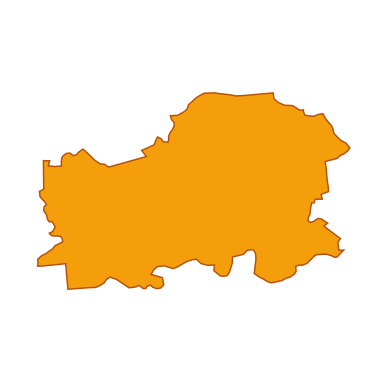 the district of Kuala Lumpur, Kuala Lumpur, Malaysia, rotated 85°
{"feature_id": "92858781B79427410842699", "entity_name": "Kuala Lumpur", "entity_type": "district", "adm_level": 2, "iso_a3": "MYS", "parent_name": "Malaysia", "parent_adm1": "Kuala Lumpur", "projection": "robinson", "projection_center": [101.697, 3.14], "detail": "fine", "context": "isolated", "style": "filled", "palette": "amber", "viewbox_px": 384, "rotation_deg": 85, "n_neighbors": 0, "source": "geoboundaries", "source_scale": "gbopen_adm2", "svg_char_len": 2782}
<svg xmlns="http://www.w3.org/2000/svg" viewBox="0 0 384 384"><g transform="rotate(85 192 192)"><path d="M252.4,353.1L252.7,347.2L252.4,324.1L278.0,324.1L278.4,300.5L278.7,296.5L277.4,292.5L276.1,289.9L274.8,287.3L271.9,285.1L269.6,281.1L272.5,274.8L281.9,263.1L281.9,259.8L281.6,256.1L280.6,253.5L281.3,251.7L283.9,249.1L284.2,246.5L281.9,245.1L281.3,241.4L283.6,239.2L285.2,235.5L284.9,231.5L281.9,228.2L279.0,228.5L274.8,228.9L270.6,239.9L266.7,237.4L263.4,233.3L263.1,226.0L263.8,224.5L266.7,217.5L265.1,212.4L262.8,207.6L260.8,203.2L259.5,197.3L259.5,193.3L264.1,189.2L266.4,182.6L266.7,176.0L272.2,177.1L274.8,174.5L278.0,171.2L278.7,167.9L278.4,164.3L278.0,164.0L275.1,161.7L269.9,159.5L266.0,158.0L260.2,157.3L258.6,146.3L255.0,142.2L254.7,138.9L255.0,136.0L258.6,134.1L264.1,134.1L268.0,134.9L278.7,137.1L282.6,132.3L284.9,128.6L287.8,124.6L289.4,120.9L289.1,118.0L288.1,110.3L286.2,105.9L285.2,101.4L282.6,97.0L280.0,95.2L275.4,95.2L274.1,92.3L274.5,87.9L272.9,83.4L269.9,79.8L267.3,76.8L265.4,73.9L265.4,71.0L265.4,65.8L266.0,62.5L267.7,58.5L269.6,55.2L269.3,53.0L267.3,50.8L263.1,46.0L262.8,50.8L254.7,51.1L251.4,48.2L237.5,63.6L234.9,59.6L232.9,62.1L230.3,65.1L229.3,68.8L230.6,71.3L231.9,73.2L232.6,76.5L231.3,78.7L228.0,78.7L224.8,76.5L220.2,75.7L213.4,73.9L213.4,71.3L209.9,69.9L210.5,62.9L205.6,63.6L203.4,55.9L197.8,55.9L192.7,56.3L188.1,56.3L181.6,56.3L173.2,56.6L171.2,44.5L168.6,41.2L167.0,36.8L164.7,33.5L161.8,30.9L156.9,34.2L153.7,39.0L150.1,42.3L145.9,45.6L142.0,46.0L137.8,47.4L133.9,50.4L130.6,52.6L125.4,54.8L125.8,59.9L127.1,63.6L126.7,67.3L125.4,72.8L122.2,73.9L119.9,73.9L119.9,77.6L114.7,84.2L113.7,91.9L110.5,98.1L106.3,102.2L100.4,102.5L100.4,120.5L100.4,131.6L100.1,140.0L99.1,143.3L98.2,147.0L97.2,152.1L96.2,156.9L95.2,161.0L94.9,167.2L94.6,171.2L96.5,175.6L98.5,179.7L101.7,183.7L104.7,187.8L108.9,189.6L111.1,192.5L114.4,199.5L114.1,206.9L118.0,206.1L120.6,204.3L122.2,203.6L125.1,204.3L128.4,206.1L131.0,208.7L134.5,210.5L137.1,210.5L140.4,211.6L139.4,216.4L136.5,217.9L134.2,221.6L137.8,223.8L141.7,225.6L146.2,238.5L152.7,234.4L159.9,272.6L158.6,274.8L156.9,276.3L156.0,281.1L151.4,286.6L146.9,290.3L139.7,296.9L142.6,301.6L144.9,303.9L145.2,307.5L142.6,310.1L142.6,313.8L144.3,316.7L146.2,318.5L148.8,319.3L151.4,319.7L154.7,319.7L154.7,323.0L154.7,326.6L153.4,332.9L148.5,331.0L147.8,337.3L176.4,339.5L178.0,343.9L182.9,343.9L184.9,342.8L188.1,340.2L192.0,338.0L193.6,340.6L197.8,341.3L202.4,338.8L206.6,338.4L209.2,336.9L209.2,334.3L211.2,332.9L215.1,331.4L219.3,334.3L220.6,337.7L222.8,336.2L223.8,333.6L224.1,329.9L224.8,326.6L227.7,325.2L230.3,325.2L231.9,328.8L233.6,333.2L236.5,335.8L238.1,338.8L240.4,342.4L242.3,347.2L245.6,351.6L248.8,351.6L252.4,352.0L252.4,353.1Z" fill="#f59e0b" stroke="#b45309" stroke-width="1.5"/></g></svg>